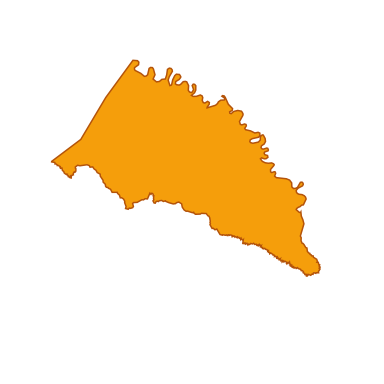 the district of Barranco Mina, Guainía, Colombia, rotated 53°
{"feature_id": "7082276B12505915261295", "entity_name": "Barranco Mina", "entity_type": "district", "adm_level": 2, "iso_a3": "COL", "parent_name": "Colombia", "parent_adm1": "Guainía", "projection": "mercator", "projection_center": [-69.213, 3.219], "detail": "fine", "context": "isolated", "style": "filled", "palette": "amber", "viewbox_px": 384, "rotation_deg": 53, "n_neighbors": 0, "source": "geoboundaries", "source_scale": "gbopen_adm2", "svg_char_len": 6100}
<svg xmlns="http://www.w3.org/2000/svg" viewBox="0 0 384 384"><g transform="rotate(53 192 192)"><path d="M51.3,159.9L64.6,203.9L83.1,249.2L83.1,285.6L83.5,286.0L85.8,283.8L87.1,284.4L87.1,284.0L89.1,283.4L89.7,283.6L89.7,283.2L92.4,281.9L92.8,282.4L93.8,282.3L93.5,282.7L94.0,282.8L94.6,281.5L96.8,282.5L98.5,282.1L99.9,282.6L101.5,282.2L102.5,281.2L102.6,281.7L104.4,281.0L105.2,281.6L106.2,281.0L106.1,280.2L106.9,280.9L108.1,280.1L106.3,278.3L106.9,276.4L106.1,276.1L105.3,274.8L105.1,273.9L105.6,273.9L105.8,273.1L105.4,272.2L103.5,270.7L102.8,270.8L101.8,270.1L101.8,267.3L103.6,265.7L107.1,259.4L109.2,258.1L110.8,258.5L112.2,256.2L114.8,256.3L116.8,255.6L119.4,256.0L122.5,254.6L124.1,255.7L129.1,256.0L130.6,257.0L133.7,256.6L135.5,257.6L136.7,257.5L137.9,256.4L138.7,256.5L140.8,255.4L144.2,256.0L147.3,251.9L148.4,252.3L150.7,251.8L153.5,252.8L154.2,251.7L156.4,250.9L158.9,251.3L160.0,252.2L164.0,253.4L165.2,255.0L167.4,253.3L167.1,251.8L168.1,250.9L168.8,248.8L168.3,247.5L165.4,246.3L165.3,245.0L167.3,242.0L168.0,236.7L169.1,235.4L169.1,233.6L170.7,231.7L167.6,226.3L169.2,226.2L168.8,224.9L169.5,224.4L170.7,224.5L171.6,225.3L172.0,224.8L174.1,226.7L175.3,227.2L175.6,228.5L177.9,228.9L178.8,228.1L178.1,226.6L178.3,225.4L179.4,224.6L179.3,223.3L180.6,221.2L182.3,220.6L183.1,218.5L183.7,218.6L186.6,216.9L190.2,214.2L191.4,212.1L191.2,210.8L192.1,208.6L195.2,207.4L198.3,208.9L201.6,209.1L203.8,208.3L204.6,207.1L208.8,204.1L209.2,202.9L210.1,203.2L211.9,202.6L214.6,198.7L214.7,197.3L217.8,193.6L220.6,193.6L221.6,193.0L223.3,193.4L226.4,195.0L227.2,196.0L228.3,196.3L228.9,197.3L233.2,197.9L233.7,196.9L236.0,196.4L236.5,194.5L242.8,195.2L244.8,193.7L244.6,193.2L246.7,191.3L247.1,190.2L248.0,190.1L248.0,188.8L248.5,188.2L249.0,188.5L249.6,186.9L250.9,186.1L251.6,186.7L251.7,186.0L252.2,186.2L252.4,184.9L253.7,184.9L253.5,184.4L255.0,183.6L255.1,182.8L255.9,183.3L256.4,181.9L257.5,182.0L258.2,181.1L259.0,181.6L258.8,181.0L259.4,181.4L259.8,181.0L259.3,180.7L261.3,180.4L261.2,180.0L263.4,182.2L264.3,180.9L264.4,181.6L265.4,180.4L265.8,180.6L266.0,179.0L267.7,179.2L267.5,178.8L267.7,178.2L268.3,178.2L268.6,177.0L268.4,176.1L269.9,174.9L270.1,173.6L271.6,173.5L272.6,171.9L273.3,171.8L273.7,172.3L275.1,171.2L274.3,170.6L274.2,169.7L274.9,169.6L275.2,170.1L276.1,169.3L276.6,169.8L276.6,169.1L277.0,169.7L277.9,169.5L278.1,169.9L278.7,169.4L278.9,170.1L279.1,169.2L279.7,169.6L280.5,169.0L280.8,167.8L282.0,167.8L283.1,166.8L284.3,167.0L284.6,166.4L285.1,167.2L285.5,166.6L286.3,167.2L287.4,166.4L288.1,167.0L288.2,165.8L290.8,164.9L291.2,165.2L291.9,164.4L293.1,164.3L293.3,164.9L294.2,163.7L294.9,163.8L295.0,163.2L296.0,164.2L296.6,163.7L296.3,163.0L297.7,163.1L298.1,162.3L298.5,162.7L298.5,161.9L299.0,162.7L299.9,162.0L300.5,162.4L300.9,161.4L301.9,162.0L301.7,161.2L302.3,161.5L302.6,161.2L302.4,160.4L303.2,160.5L303.2,159.4L305.4,158.6L305.8,159.5L306.4,159.5L306.0,158.8L306.8,158.3L306.2,157.5L307.1,157.1L306.8,156.4L308.3,157.2L309.1,156.8L309.3,157.6L309.8,157.1L310.2,157.6L310.5,156.9L310.8,157.6L311.9,157.2L311.6,156.6L312.4,156.1L312.0,155.6L312.7,156.0L312.8,157.0L314.2,156.2L313.9,155.6L315.0,154.8L315.8,154.8L316.0,153.6L315.2,153.4L317.3,153.1L319.1,151.8L320.6,152.1L321.3,151.2L322.7,151.0L323.3,151.8L324.8,151.1L325.8,151.5L326.4,150.6L327.0,151.4L326.6,150.3L326.9,149.9L327.7,151.2L328.2,151.0L328.5,150.4L328.0,148.5L330.0,147.3L329.8,145.7L330.6,144.9L329.9,144.2L329.9,143.2L331.5,142.1L331.2,141.5L332.7,139.5L331.7,139.0L330.6,136.2L329.5,136.3L329.5,135.5L328.7,135.4L328.8,134.9L327.6,134.9L327.0,133.9L326.3,134.4L324.2,133.5L323.3,134.4L323.1,133.7L320.8,132.9L317.2,134.3L316.0,133.7L314.9,134.9L314.1,134.6L312.8,135.3L312.0,134.8L310.9,135.5L308.8,135.6L305.9,133.9L304.8,134.6L301.5,134.2L299.9,134.3L299.2,134.9L296.5,134.2L294.2,132.3L292.4,132.0L284.8,121.8L281.0,120.2L277.0,119.2L273.5,117.1L273.8,117.7L272.7,118.6L268.8,119.4L268.2,118.4L268.2,116.2L268.7,114.7L268.5,112.3L269.3,110.8L266.3,105.1L264.4,104.4L262.5,104.6L260.3,105.7L258.1,108.0L256.5,108.7L255.0,108.7L253.4,107.8L252.8,105.0L253.6,100.0L252.9,98.6L251.8,98.0L250.3,98.2L249.5,99.6L251.8,105.0L251.5,106.8L250.4,108.8L248.0,109.2L244.7,106.9L241.2,106.9L238.2,108.7L231.3,116.0L229.1,116.5L227.4,113.9L226.0,113.5L225.3,114.1L224.5,116.6L223.3,117.1L221.3,115.8L220.1,110.6L219.6,109.9L218.5,109.9L216.7,110.9L215.0,113.7L212.8,115.9L209.9,117.4L206.7,117.4L206.6,115.9L209.1,114.2L210.0,112.8L210.0,110.5L208.3,109.7L206.0,111.4L204.3,111.0L203.8,109.8L204.9,106.5L204.4,105.7L202.8,105.2L201.9,105.8L200.6,109.4L199.6,110.1L198.1,110.2L196.9,108.7L197.1,105.4L195.9,102.9L193.3,101.4L189.4,100.8L188.7,101.5L188.7,103.2L189.2,104.3L191.6,106.2L192.1,108.9L189.7,114.1L187.8,115.5L186.5,115.5L185.4,114.1L185.7,111.7L188.3,105.9L187.9,103.9L185.8,102.4L184.1,103.3L182.7,106.3L178.5,108.4L174.5,111.7L172.9,111.6L171.9,108.8L170.6,108.2L169.3,109.1L168.4,111.8L167.1,112.7L164.3,111.7L161.5,105.4L160.5,104.3L158.7,103.9L157.2,103.9L154.4,106.4L152.8,110.2L153.0,113.6L151.8,114.4L150.6,113.7L151.1,110.9L149.8,109.4L143.8,110.2L136.4,108.5L134.6,108.5L133.4,109.6L133.5,110.5L136.7,109.5L137.5,109.9L137.9,111.0L136.0,113.7L135.9,116.7L136.7,118.3L136.9,121.0L133.9,129.3L133.3,128.7L132.3,125.5L131.0,124.3L129.0,125.0L128.7,128.2L127.4,129.2L125.0,128.7L123.1,126.6L121.3,126.1L119.5,127.0L118.3,130.8L116.3,133.6L114.5,134.3L114.3,130.3L112.9,127.7L109.4,125.0L107.6,125.1L106.6,126.1L107.1,127.8L111.1,129.1L112.2,131.4L112.2,132.6L110.7,133.8L108.6,133.8L105.0,130.7L100.8,129.9L99.6,130.8L98.6,132.6L99.2,136.3L98.9,137.9L97.1,139.7L95.7,140.2L94.0,138.6L94.4,134.5L93.7,132.1L93.0,131.5L90.6,131.3L88.5,133.6L88.7,135.8L90.8,139.9L93.8,143.4L94.2,144.3L93.7,145.6L88.3,143.7L86.3,140.9L83.8,135.0L82.4,134.3L80.7,134.4L79.4,135.6L79.3,137.8L83.2,141.7L85.7,145.3L83.9,148.3L84.1,151.5L82.7,154.1L78.4,155.1L76.1,151.0L70.6,148.8L68.9,148.7L67.6,150.1L67.5,151.9L71.7,156.9L71.8,158.9L71.0,160.4L66.4,161.5L60.6,164.3L59.2,164.0L58.1,163.0L58.2,158.1L56.3,156.3L54.3,156.5L51.3,159.9Z" fill="#f59e0b" stroke="#b45309" stroke-width="1.5"/></g></svg>